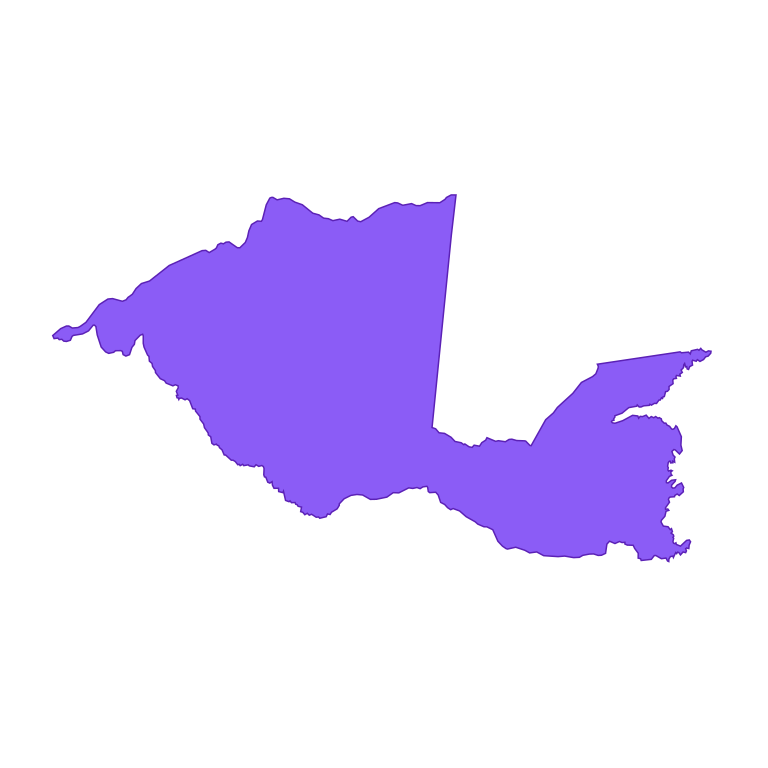 the district of Barreiras, Bahia, Brazil, rotated 177°
{"feature_id": "56859067B47709094289082", "entity_name": "Barreiras", "entity_type": "district", "adm_level": 2, "iso_a3": "BRA", "parent_name": "Brazil", "parent_adm1": "Bahia", "projection": "equal_earth", "projection_center": [-45.677, -12.014], "detail": "fine", "context": "isolated", "style": "filled", "palette": "violet", "viewbox_px": 768, "rotation_deg": 177, "n_neighbors": 0, "source": "geoboundaries", "source_scale": "gbopen_adm2", "svg_char_len": 6074}
<svg xmlns="http://www.w3.org/2000/svg" viewBox="0 0 768 768"><g transform="rotate(177 384 384)"><path d="M171.6,203.3L169.8,212.4L167.0,215.2L161.7,212.6L157.1,214.4L154.6,213.2L151.7,213.3L151.8,211.6L149.5,210.4L143.6,209.9L142.3,206.7L139.0,201.7L139.3,196.8L136.9,196.1L136.4,194.3L126.2,194.9L123.1,198.5L121.5,198.5L116.1,195.0L111.5,195.4L110.1,192.4L108.9,191.8L108.7,194.2L107.0,196.7L104.5,197.0L104.1,195.6L101.5,200.4L100.6,199.3L99.7,200.7L98.4,200.3L96.9,197.8L94.1,200.6L91.6,199.8L90.7,201.5L91.4,203.8L90.4,204.4L88.2,203.7L87.7,207.2L86.1,210.4L87.3,212.3L90.0,212.0L96.4,206.6L100.5,208.5L100.8,210.1L102.1,209.4L103.2,209.9L103.7,211.6L102.8,214.7L103.5,215.8L102.6,216.8L102.9,218.2L105.1,220.1L103.7,221.4L104.5,224.5L105.8,223.6L107.8,226.6L112.5,227.5L114.6,231.8L114.0,233.5L110.4,237.2L109.0,242.2L106.2,242.9L107.1,244.3L109.4,244.2L109.4,245.6L105.1,251.0L106.0,253.9L105.5,255.1L104.3,256.1L99.8,256.2L99.4,257.5L97.0,258.8L95.0,257.2L90.7,260.7L90.8,263.5L90.1,265.0L92.1,269.6L96.5,267.7L98.9,265.1L101.0,264.9L102.3,266.1L102.0,268.0L98.4,271.5L97.8,273.1L101.9,272.8L105.6,270.3L107.1,270.7L107.2,272.5L103.8,276.8L101.2,277.8L102.0,278.7L102.2,281.3L100.7,282.2L101.9,282.9L104.4,282.2L105.0,283.4L104.5,285.6L105.1,287.0L104.2,290.8L103.0,292.0L102.0,291.8L101.9,290.2L99.7,290.2L99.7,291.8L97.8,290.7L98.0,294.2L97.2,295.8L99.0,297.9L100.0,301.6L97.9,303.4L96.6,302.9L92.6,298.6L89.7,301.9L90.7,307.5L89.8,315.8L93.6,325.9L94.7,327.0L96.3,324.4L97.9,323.6L99.2,324.1L101.0,326.8L103.5,328.2L104.6,330.2L106.2,330.2L108.6,332.8L108.9,334.7L110.9,336.0L112.2,335.5L114.4,337.3L116.4,336.2L118.8,337.5L121.2,335.8L123.8,339.2L127.6,337.9L129.8,338.3L131.5,336.5L132.2,338.8L137.4,339.7L147.5,334.9L155.4,332.7L158.0,333.3L158.8,334.4L157.9,335.6L156.3,335.7L156.4,337.3L155.2,338.8L155.1,340.2L147.8,342.4L140.8,347.6L132.8,348.6L132.2,349.8L130.4,347.7L128.5,347.6L125.8,348.6L120.2,348.8L119.6,349.9L118.1,348.9L115.0,350.5L112.9,350.3L110.2,353.6L109.0,353.5L107.6,355.7L106.6,355.0L106.0,356.6L104.7,356.8L103.2,361.6L101.3,361.9L99.6,363.6L99.5,366.6L95.3,369.2L95.4,372.7L94.5,374.0L91.7,374.3L92.1,375.8L91.5,377.2L87.7,376.4L88.1,378.3L85.5,379.9L86.5,382.4L84.2,384.5L83.6,387.6L82.7,388.7L82.0,385.3L80.8,385.6L80.5,383.2L79.1,382.6L77.8,385.4L74.9,386.7L75.2,390.5L74.6,391.6L71.0,390.4L69.8,391.9L67.3,390.0L63.6,391.7L61.4,394.3L58.8,394.9L56.1,397.6L55.7,399.6L58.3,400.1L60.9,398.9L64.8,401.5L65.8,403.0L67.7,401.2L69.0,402.2L75.4,401.1L76.6,398.0L78.2,399.9L85.3,399.6L86.6,400.6L169.9,392.6L169.1,390.7L169.3,388.8L171.9,383.1L175.3,380.5L186.8,375.2L195.9,364.8L212.1,351.5L216.3,346.3L224.4,339.9L240.3,314.7L241.5,315.0L245.5,319.6L246.8,319.9L254.5,320.6L259.2,322.2L262.0,322.1L265.8,320.0L272.8,321.4L275.5,320.9L284.0,325.0L285.4,322.6L289.4,320.3L291.9,316.9L297.2,318.2L299.3,316.1L302.3,316.8L306.4,319.9L307.4,319.2L310.0,321.3L316.1,322.9L319.8,327.3L326.1,331.5L331.6,332.4L334.8,336.6L338.3,338.0L309.0,528.9L302.2,569.0L307.0,569.3L311.9,567.0L313.4,565.2L318.8,562.1L331.1,562.9L338.6,560.2L342.7,560.5L347.0,562.7L355.9,561.5L360.8,564.1L363.8,564.6L380.1,559.4L390.2,551.3L398.7,547.3L401.8,548.1L406.0,552.7L408.1,552.3L412.4,548.4L419.5,550.9L426.5,549.8L430.9,552.0L435.6,552.8L440.1,556.3L446.2,558.3L456.2,567.3L463.5,570.3L468.7,573.9L474.3,574.7L481.1,573.5L485.2,576.2L486.8,576.2L488.3,575.6L492.2,569.1L496.8,554.5L498.0,552.9L501.9,553.4L507.9,550.2L510.9,544.1L512.7,537.5L515.1,532.6L520.8,527.6L523.4,527.8L531.3,534.0L534.4,533.9L537.0,532.4L539.5,533.2L542.6,531.8L544.3,528.6L545.7,527.5L551.7,524.4L555.0,526.8L558.7,526.7L592.3,513.6L612.8,499.1L621.0,497.0L626.6,492.3L630.6,486.8L635.1,483.9L637.1,481.6L640.9,480.3L650.6,483.5L655.3,483.3L664.2,478.2L678.4,461.2L684.2,457.5L686.6,456.4L692.3,456.2L695.7,458.4L698.2,458.5L704.0,456.2L712.3,449.7L711.1,446.6L707.3,446.9L706.0,445.3L703.4,445.5L701.6,443.6L698.9,443.1L694.9,444.1L693.0,447.9L691.6,448.8L682.4,449.8L676.3,452.5L671.3,458.0L670.0,457.9L668.7,456.5L667.8,448.0L664.5,435.7L660.3,430.6L657.3,429.0L652.3,429.8L650.4,431.3L645.0,431.1L643.6,430.3L643.0,427.0L640.3,425.4L636.6,426.6L633.8,433.8L631.2,436.7L630.4,440.4L624.9,445.5L622.4,446.3L621.9,444.7L622.3,437.2L621.7,433.4L618.6,425.3L617.3,423.9L617.1,419.1L614.6,416.7L614.2,413.6L611.6,409.3L611.6,407.4L607.1,401.0L603.0,398.8L601.5,396.3L594.9,393.2L592.4,394.2L589.7,392.9L589.7,390.9L591.8,387.6L590.5,383.6L591.9,383.4L591.4,381.1L590.2,380.8L589.7,379.3L589.1,380.4L586.9,380.6L583.5,378.6L581.4,379.6L579.0,377.6L576.3,369.3L573.7,368.8L573.6,366.8L569.5,361.1L569.6,358.5L566.2,353.5L565.6,349.8L562.2,344.4L562.1,342.3L559.8,340.4L559.0,333.8L557.0,332.1L554.4,332.7L553.7,331.5L552.3,331.1L551.6,329.0L549.2,326.7L547.3,321.5L545.8,321.3L540.5,315.9L538.7,315.8L536.6,314.4L534.2,311.0L532.9,311.4L531.9,310.0L529.3,311.2L528.3,309.8L523.8,310.4L522.8,309.3L517.9,308.1L516.0,310.1L513.4,308.3L510.3,309.0L508.8,307.9L508.2,305.9L508.8,299.6L508.2,297.5L506.9,297.1L505.2,292.0L503.2,291.0L500.9,292.3L500.7,288.8L499.3,285.6L494.8,285.4L494.8,282.1L490.7,280.8L490.0,282.2L488.4,272.9L485.0,271.4L484.0,272.2L482.6,270.3L479.0,270.3L478.5,268.6L477.1,268.1L476.2,266.4L472.8,265.4L473.9,260.9L471.8,260.1L469.9,257.6L467.4,258.9L465.5,256.9L463.1,257.7L458.7,254.5L456.3,254.6L455.2,253.3L448.7,254.5L447.2,257.2L444.7,256.5L443.1,258.7L437.3,261.8L435.0,265.2L435.0,266.6L429.8,271.5L422.8,274.5L416.8,275.1L411.2,274.3L403.7,269.5L397.6,269.3L387.0,270.9L380.5,275.0L374.9,274.5L364.7,279.0L360.7,278.2L356.5,278.9L353.4,277.6L350.6,279.2L346.5,279.6L345.8,278.5L345.4,274.3L344.0,273.1L338.0,273.2L335.7,270.3L333.6,262.8L329.7,260.5L327.0,257.2L324.0,255.0L321.5,256.0L315.2,253.3L308.9,247.2L300.1,241.6L297.7,239.2L291.7,236.2L288.8,236.0L283.0,232.8L278.5,221.0L274.2,215.9L270.7,213.2L269.3,212.7L261.0,214.1L252.1,210.6L247.4,207.7L240.3,208.3L233.5,204.2L219.2,202.5L212.6,202.7L203.7,200.7L197.9,200.7L194.4,202.5L187.8,203.4L183.5,203.3L179.1,201.6L175.8,201.6L171.6,203.3Z" fill="#8b5cf6" stroke="#5b21b6" stroke-width="1.5"/></g></svg>